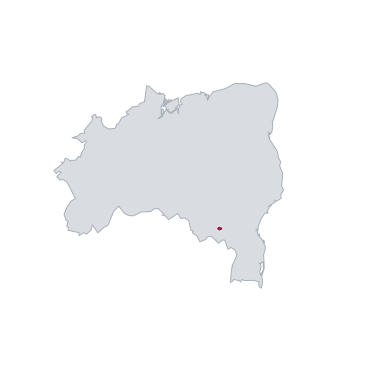 location of Angélica, Mato Grosso do Sul, Brazil, rotated 327°
{"feature_id": "56859067B10068689760359", "entity_name": "Angélica", "entity_type": "district", "adm_level": 2, "iso_a3": "BRA", "parent_name": "Brazil", "parent_adm1": "Mato Grosso do Sul", "projection": "albers", "projection_center": [-53.859, -22.058], "detail": "fine", "context": "in_parent", "style": "filled", "palette": "rose", "viewbox_px": 384, "rotation_deg": 327, "n_neighbors": 0, "source": "geoboundaries", "source_scale": "gbopen_adm2", "svg_char_len": 4256}
<svg xmlns="http://www.w3.org/2000/svg" viewBox="0 0 384 384"><g transform="rotate(327 192 192)"><path d="M108.0,99.7L111.8,102.0L116.1,100.4L117.6,102.0L119.9,99.4L125.8,96.5L126.9,94.1L130.7,92.6L130.9,91.1L126.5,90.8L124.9,84.7L120.7,81.1L126.1,82.7L130.7,82.3L134.1,84.1L135.0,81.6L146.5,78.0L149.0,75.9L148.7,74.1L152.2,73.8L153.3,74.6L152.3,77.8L155.4,78.5L156.5,81.1L154.5,83.1L153.8,88.3L156.2,93.6L161.7,96.6L164.1,96.0L165.2,94.3L167.3,94.6L173.3,91.6L181.2,92.4L179.9,90.1L181.1,88.5L182.7,89.2L187.8,88.0L193.5,90.7L196.0,89.4L201.4,90.4L211.7,78.3L213.4,79.6L216.6,90.9L218.3,92.7L221.6,93.7L221.9,96.6L216.1,102.0L212.5,103.7L207.8,111.2L203.2,112.2L208.0,112.5L215.0,108.7L216.3,113.6L218.1,115.2L225.4,113.7L223.1,119.1L226.0,114.8L229.4,112.4L231.0,113.2L231.8,112.4L231.2,110.4L233.5,108.1L239.1,107.8L250.9,112.5L251.7,114.7L253.4,113.3L256.1,115.1L256.7,117.0L255.2,118.2L255.8,118.8L257.4,117.7L257.7,118.9L256.2,120.1L255.1,123.7L257.1,122.3L258.6,119.6L258.7,121.6L264.2,119.4L276.4,123.5L286.4,124.1L295.6,130.1L303.2,138.1L313.5,140.6L315.2,143.4L316.7,154.1L314.8,160.7L310.1,167.0L297.8,177.1L297.9,176.2L295.3,181.2L291.4,185.4L289.8,185.9L288.8,183.8L287.7,184.7L285.8,189.4L285.7,203.6L283.0,211.5L282.9,214.8L279.7,217.9L278.1,226.1L270.4,235.8L269.7,240.5L265.5,242.1L263.2,245.9L258.0,245.7L257.0,244.1L256.4,245.7L248.3,245.6L248.6,247.0L243.3,250.0L240.4,249.8L235.2,252.3L228.6,257.0L227.3,259.3L226.2,258.4L225.7,259.4L224.3,258.9L226.1,260.4L224.6,261.9L224.0,264.5L224.9,270.3L223.3,278.8L217.9,283.6L211.2,295.1L205.1,300.3L205.0,298.5L209.3,296.4L213.2,290.1L213.3,289.0L210.8,289.6L209.3,287.5L210.1,289.6L209.3,292.0L205.5,295.8L204.3,298.9L204.7,300.6L201.8,306.5L197.9,310.2L197.1,309.7L197.1,306.7L199.3,304.1L195.9,299.9L188.2,295.1L185.9,292.5L183.7,293.9L183.5,292.1L179.1,288.0L177.1,289.1L174.9,288.6L184.1,277.2L185.2,277.2L185.0,276.1L195.5,269.3L196.4,263.8L194.5,259.7L191.1,259.7L193.2,250.2L191.0,248.7L186.5,249.6L184.1,239.7L180.4,238.0L177.6,239.3L171.5,238.0L172.2,231.4L170.1,226.3L171.8,225.1L170.2,223.7L173.7,214.0L171.6,209.7L168.2,208.1L168.3,202.2L157.3,202.5L156.7,197.6L154.5,195.3L156.4,195.2L154.6,187.2L151.1,185.5L146.7,185.9L138.6,181.1L130.1,180.2L126.4,177.6L123.6,173.3L122.9,164.0L115.6,165.7L103.5,174.2L99.6,173.7L90.9,174.9L90.4,165.3L86.5,169.0L80.6,169.9L79.0,167.1L73.7,167.1L74.9,164.4L67.3,156.6L68.9,154.8L68.3,152.5L71.9,149.3L71.0,147.2L72.5,141.1L78.8,136.6L85.3,133.8L90.7,134.0L92.6,115.3L90.6,111.5L87.5,109.6L87.2,105.4L93.1,104.3L91.8,102.2L88.2,102.5L87.8,98.8L99.0,97.6L98.8,96.0L100.6,97.3L104.0,94.8L106.1,97.0L106.6,100.0L108.0,99.7ZM219.4,104.0L231.7,105.4L228.6,111.8L226.3,111.8L225.9,112.9L224.1,112.3L222.1,113.9L217.5,113.8L215.9,110.5L217.1,109.8L215.7,108.6L216.7,104.9L219.4,104.0ZM208.7,111.6L210.7,107.0L212.7,106.4L212.5,109.2L208.7,111.6ZM222.9,101.9L221.6,103.5L218.8,103.1L219.3,102.0L222.9,101.9ZM218.7,99.9L218.1,103.4L216.9,103.0L218.7,99.9ZM224.8,104.1L223.0,104.3L222.2,104.0L224.4,103.0L224.8,104.1ZM216.7,104.0L214.9,105.2L214.1,104.5L215.5,103.5L216.7,104.0ZM220.1,101.1L219.3,100.3L220.8,99.6L220.9,100.3L220.1,101.1ZM219.4,92.1L218.3,92.2L218.1,90.9L219.1,90.9L219.4,92.1ZM225.2,273.9L224.9,272.7L225.7,271.6L225.9,271.9L225.2,273.9ZM244.3,249.6L244.4,250.9L243.3,250.6L244.3,249.6ZM224.9,265.4L224.5,264.7L225.2,263.9L225.5,264.3L224.9,265.4ZM256.8,121.5L256.0,122.8L256.9,121.0L256.8,121.5ZM289.1,186.1L288.0,186.3L288.8,185.3L289.1,186.1ZM251.2,246.3L250.1,246.7L249.9,246.4L250.6,245.8L251.2,246.3ZM287.0,188.4L286.5,189.1L286.3,188.6L287.0,188.4ZM254.1,112.2L254.1,112.9L253.8,112.8L254.1,112.2Z" fill="#d9dde1" stroke="#a8b0b8" stroke-width="1"/><path d="M195.7,236.9L195.4,236.8L195.2,236.7L195.2,236.8L194.9,236.8L194.7,236.8L194.4,236.8L194.2,236.8L194.1,237.0L194.0,236.9L193.9,236.9L193.8,237.0L194.0,237.3L194.0,237.5L194.0,237.8L194.3,238.0L194.5,238.1L194.5,238.4L194.8,238.4L194.9,238.5L195.0,238.5L195.3,238.7L195.5,238.7L195.6,238.8L195.8,238.9L196.0,238.9L196.3,238.8L196.5,238.8L196.5,238.7L196.8,238.6L196.9,238.4L196.7,238.3L196.7,238.2L196.4,238.0L196.4,237.9L196.3,237.7L196.2,237.6L196.0,237.4L195.9,237.3L195.9,237.2L195.7,237.0L195.7,236.9Z" fill="#f43f5e" stroke="#9f1239" stroke-width="1.5"/></g></svg>